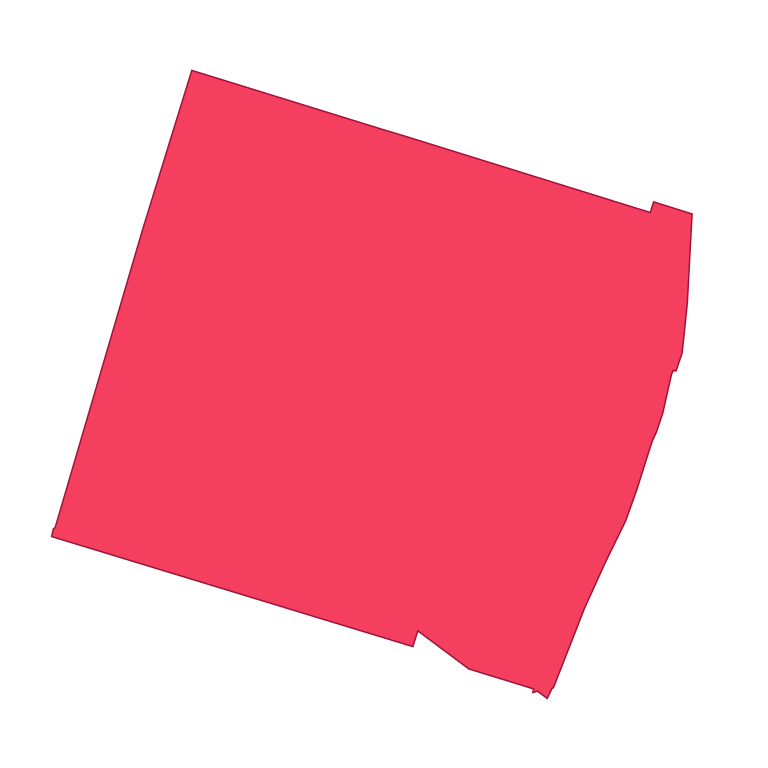 outline of Palm Beach, Florida, United States of America, rotated 17°
{"feature_id": "52423323B70070544976743", "entity_name": "Palm Beach", "entity_type": "district", "adm_level": 2, "iso_a3": "USA", "parent_name": "United States of America", "parent_adm1": "Florida", "projection": "natural_earth1", "projection_center": [-80.218, 26.646], "detail": "fine", "context": "isolated", "style": "filled", "palette": "rose", "viewbox_px": 768, "rotation_deg": 17, "n_neighbors": 0, "source": "geoboundaries", "source_scale": "gbopen_adm2", "svg_char_len": 734}
<svg xmlns="http://www.w3.org/2000/svg" viewBox="0 0 768 768"><g transform="rotate(17 384 384)"><path d="M110.7,627.1L488.1,626.7L488.4,626.7L488.5,610.2L518.9,621.1L548.5,631.7L570.3,631.8L570.6,631.8L602.8,631.8L616.3,631.9L616.5,635.6L620.5,632.9L632.0,637.0L633.7,625.9L634.8,625.0L640.2,555.0L640.3,553.0L640.5,550.5L641.2,540.8L647.8,490.2L655.2,443.7L656.7,410.2L656.7,407.8L656.9,385.3L657.2,360.8L658.6,349.9L659.1,330.0L656.1,290.3L656.8,286.4L659.5,286.2L659.7,278.2L660.0,266.9L657.3,253.0L650.4,217.9L643.7,190.9L628.9,131.3L588.6,131.0L588.5,142.1L572.3,142.1L571.8,142.1L337.9,140.9L305.7,141.0L108.5,140.3L108.0,307.9L111.5,617.5L110.2,619.1L110.7,627.1Z" fill="#f43f5e" stroke="#9f1239" stroke-width="1.5"/></g></svg>